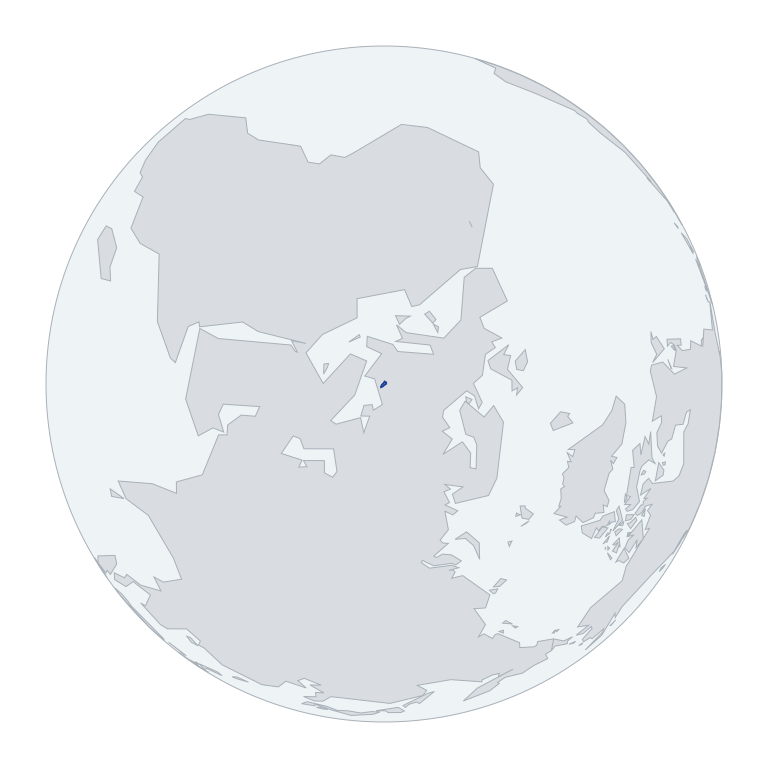 globe centered on Calarasi, rotated 136°
{"feature_id": "ROU-129", "entity_name": "Calarasi", "entity_type": "County", "adm_level": 1, "iso_a3": "ROU", "parent_name": "Romania", "parent_adm1": "", "projection": "orthographic", "projection_center": [26.943, 44.314], "detail": "fine", "context": "on_globe", "style": "filled", "palette": "blue", "viewbox_px": 768, "rotation_deg": 136, "n_neighbors": 0, "source": "natural_earth", "source_scale": "10m", "svg_char_len": 11654}
<svg xmlns="http://www.w3.org/2000/svg" viewBox="0 0 768 768"><g transform="rotate(136 384 384)"><circle cx="384" cy="384" r="338" fill="#eef3f6" stroke="#a8b0b8"/><path d="M263.7,68.2L276.9,65.3L267.3,68.4L272.4,67.7L284.8,64.1L291.7,62.1L326.0,60.8L367.0,58.5L379.9,55.4L377.1,58.6L401.7,52.1L424.0,52.9L398.7,53.7L396.1,55.3L411.2,56.2L411.8,58.2L419.4,60.0L418.7,62.5L404.1,63.7L403.3,65.6L414.1,66.2L420.2,69.8L404.5,68.4L413.5,74.7L390.6,79.6L349.3,77.0L336.4,84.6L293.4,95.7L297.2,97.9L283.3,104.6L282.4,109.9L274.7,111.2L280.7,114.5L287.9,112.4L293.0,113.3L293.2,116.5L283.3,118.4L281.8,117.1L279.0,119.4L274.0,119.1L276.6,121.0L264.6,123.5L276.6,125.9L267.2,132.0L259.2,132.4L260.0,125.9L243.4,113.3L235.6,113.0L223.8,118.4L201.7,141.2L193.0,144.1L181.4,152.7L186.1,153.6L196.9,147.3L202.8,151.9L215.3,144.6L219.5,145.7L232.4,141.4L230.4,149.2L221.6,159.4L210.8,163.6L206.6,168.5L216.8,170.8L196.7,185.6L183.5,208.2L178.4,211.7L168.2,206.1L168.2,189.4L155.0,185.1L163.5,195.5L150.3,205.3L148.2,210.5L148.9,214.8L153.8,214.3L149.3,219.6L139.3,210.5L143.2,205.5L146.3,208.2L146.2,200.8L139.4,196.1L133.3,202.1L129.4,190.9L125.0,195.3L121.7,195.8L129.0,189.3L115.8,201.3L110.2,194.7L92.1,217.4L110.0,191.2L116.4,181.0L122.6,171.3L119.6,174.7L131.9,159.2L133.6,157.1L152.1,138.2L172.1,120.8L193.4,105.0L215.8,90.9L239.3,78.6L263.7,68.2ZM59.1,291.2L57.8,297.1L54.1,310.9L56.0,305.4L53.1,318.9L52.0,343.8L51.2,344.9L49.7,383.0L54.0,414.2L55.0,430.1L53.9,433.6L56.8,443.8L56.9,448.2L73.5,488.5L86.5,516.7L89.1,531.0L84.2,533.6L92.6,555.1L80.8,533.2L70.7,510.5L62.2,487.2L55.5,463.2L50.6,438.9L47.4,414.2L46.1,389.4L46.6,364.6L49.0,339.8L53.1,315.3L59.1,291.2ZM87.7,223.6L73.0,257.5L76.6,245.5L76.7,246.0L81.5,235.7L88.6,220.9L93.1,212.1L87.7,223.6ZM91.8,222.0L93.9,217.2L92.5,221.1L91.8,222.0ZM294.7,61.1L285.0,64.0L273.6,66.8L281.6,64.0L294.7,61.1ZM316.4,57.8L312.0,59.2L306.8,58.7L310.9,58.0L316.4,57.8ZM389.1,53.2L381.1,53.4L388.7,52.7L389.1,53.2ZM420.6,59.8L422.7,59.3L425.7,60.6L420.6,59.8ZM232.6,137.5L232.5,139.4L230.1,139.2L232.6,137.5ZM238.3,134.1L235.7,132.5L238.0,130.6L239.6,131.6L238.3,134.1ZM427.5,65.8L431.8,68.3L424.9,65.8L427.5,65.8ZM241.0,136.6L242.5,127.6L246.6,124.5L256.0,125.9L241.0,136.6ZM432.6,69.9L443.2,76.7L448.8,75.9L439.0,82.8L433.2,74.3L423.9,71.2L430.8,71.6L432.6,69.9ZM290.2,110.4L282.5,112.8L288.7,108.0L290.2,110.4ZM292.9,107.2L304.9,92.6L316.4,91.2L310.0,96.1L324.8,92.5L324.4,98.9L316.3,102.3L309.0,101.8L314.4,104.8L292.9,107.2ZM431.9,85.9L432.2,88.0L429.0,86.0L431.9,85.9ZM295.5,113.3L296.9,110.3L306.9,108.7L306.0,114.6L303.0,113.2L295.5,113.3ZM328.8,88.6L336.0,88.8L337.8,94.0L340.9,94.9L325.4,99.0L328.8,88.6ZM300.8,115.2L305.2,117.8L300.6,121.5L294.8,116.3L300.8,115.2ZM310.0,106.0L314.7,105.6L311.7,107.7L310.0,106.0ZM286.9,137.1L288.3,132.9L293.6,131.7L286.9,137.1ZM307.1,118.5L308.7,117.2L310.9,116.4L312.8,118.9L307.1,118.5ZM327.7,102.5L326.9,104.8L334.1,101.1L335.7,105.2L325.1,107.3L330.4,108.2L330.9,109.5L321.7,109.8L327.7,102.5ZM321.5,119.2L308.6,124.0L304.7,131.6L299.8,132.8L307.0,120.3L321.5,119.2ZM322.4,113.6L320.8,117.2L315.5,116.6L313.5,113.8L322.4,113.6ZM340.6,107.4L340.9,100.5L343.2,100.3L340.6,107.4ZM321.4,121.4L324.5,120.3L321.8,122.0L321.4,121.4ZM335.9,111.7L335.7,109.2L338.3,109.0L335.9,111.7ZM331.0,120.2L326.8,121.7L325.2,119.7L331.0,120.2ZM334.0,116.4L337.7,116.8L327.2,118.1L333.5,115.3L334.0,116.4ZM338.4,112.0L339.9,111.1L338.1,113.1L338.4,112.0ZM339.2,127.4L326.3,129.5L322.9,124.9L335.9,123.4L339.2,127.4ZM174.5,538.2L154.7,485.2L164.6,472.7L166.5,451.7L235.2,403.6L249.6,413.3L303.5,416.3L310.2,420.4L303.7,437.6L344.1,464.1L357.3,450.3L394.0,462.4L418.5,460.6L427.4,426.6L387.3,429.0L380.5,412.6L412.7,396.4L447.8,394.7L446.3,388.3L424.2,376.1L432.4,363.0L416.6,370.8L422.9,377.1L413.2,382.5L406.8,377.3L409.9,372.6L399.4,370.3L387.2,394.2L392.3,403.1L364.6,407.4L370.5,422.9L362.9,429.9L350.2,406.4L351.5,397.8L327.7,370.9L323.8,380.0L346.0,406.5L339.0,404.0L333.9,417.9L332.3,405.5L309.1,375.4L284.2,376.6L252.2,405.0L237.7,403.6L225.7,392.0L237.6,358.0L268.7,365.4L273.3,354.6L267.3,335.2L277.3,339.5L278.6,332.9L290.4,334.9L307.2,321.9L319.2,322.4L326.1,302.6L333.2,300.5L327.1,312.6L329.3,321.7L359.1,323.6L364.9,319.6L367.0,306.9L374.9,309.5L373.1,297.0L390.4,292.4L367.8,288.0L369.6,274.2L380.2,264.0L376.7,259.0L359.5,275.8L356.4,283.4L360.1,291.0L347.8,312.5L337.5,315.3L335.0,290.7L320.1,292.3L324.6,273.5L368.3,237.8L386.3,231.2L415.6,248.5L411.3,257.2L398.6,255.1L410.0,269.4L409.2,262.3L415.8,264.8L419.2,253.2L424.1,254.6L419.1,241.6L425.4,242.0L428.5,250.2L438.9,234.5L452.1,232.7L452.1,228.6L448.4,224.7L467.7,225.6L466.8,222.6L460.2,221.1L454.2,214.3L451.2,203.1L458.0,204.0L460.1,208.1L474.5,218.7L478.9,230.4L481.3,229.7L479.2,219.9L461.5,206.8L457.8,199.9L466.9,204.8L463.3,202.4L463.6,199.3L470.2,197.2L460.5,191.5L454.3,158.7L466.5,152.4L475.3,159.8L478.1,140.5L491.7,136.4L485.6,134.8L482.8,125.5L478.5,126.6L475.4,125.2L466.2,103.7L469.4,100.0L458.5,90.6L455.4,90.0L452.4,92.0L439.0,82.8L448.8,75.9L455.4,77.5L457.0,72.8L472.0,77.5L485.1,79.8L500.6,88.8L509.6,90.4L509.2,88.5L521.1,89.9L547.2,100.9L528.0,100.4L489.2,89.2L505.2,94.0L502.1,95.7L508.2,99.4L519.4,103.1L520.4,101.7L541.2,124.8L569.4,144.1L566.1,134.0L572.4,133.0L601.5,150.0L639.4,196.0L648.2,198.2L654.3,204.4L659.0,215.1L650.2,206.3L647.4,209.7L641.8,203.5L646.3,219.0L638.4,210.9L645.8,227.7L652.1,230.5L651.1,219.3L660.9,238.2L670.5,239.6L680.7,252.5L695.5,294.4L696.8,319.4L698.8,325.0L694.6,326.7L696.1,344.9L709.8,358.3L711.9,366.3L711.1,395.5L709.8,390.2L698.6,394.5L701.7,416.1L710.4,417.5L713.6,430.5L709.2,435.6L705.3,424.8L701.3,425.8L698.7,408.2L688.2,390.0L683.5,404.9L680.3,394.7L665.2,384.2L656.4,405.1L644.8,453.2L649.2,480.6L642.6,498.9L620.0,473.3L609.2,449.5L601.4,457.8L577.8,444.9L538.3,462.3L532.3,456.4L524.9,463.1L508.3,460.8L499.0,450.2L489.1,454.1L513.7,481.2L524.3,477.0L532.7,460.7L537.6,471.3L553.6,475.7L537.2,510.9L477.9,551.9L471.6,531.8L423.9,476.7L425.1,469.2L424.8,468.4L424.2,467.0L420.4,479.4L412.0,467.5L438.0,509.0L442.6,526.8L477.0,553.3L473.9,557.2L484.9,561.4L519.3,544.3L519.6,551.1L503.7,586.3L455.5,633.6L461.7,654.6L457.8,671.9L427.4,685.9L429.7,695.9L413.9,700.6L412.6,705.5L399.7,710.8L378.3,714.8L342.3,712.9L340.4,709.5L322.8,699.9L298.6,671.5L307.9,659.1L304.8,646.8L278.8,613.0L284.5,596.3L277.5,587.1L263.0,585.7L254.8,574.2L246.0,571.6L191.1,558.6L174.5,538.2ZM211.6,435.5L209.7,441.7L209.7,441.8L211.6,435.5ZM485.4,409.7L506.1,405.4L495.9,386.2L503.0,383.3L496.9,378.1L495.1,384.9L480.1,370.3L488.6,361.5L485.7,352.6L478.6,353.7L465.3,372.4L486.6,393.0L482.3,403.1L485.4,409.7ZM52.1,344.4L51.6,350.2L51.4,346.1L52.1,344.4ZM74.6,248.9L72.7,254.1L70.8,258.7L71.8,255.5L74.6,248.9ZM64.4,291.4L63.4,298.5L63.4,293.3L64.4,291.4ZM71.2,262.6L65.1,286.3L65.3,278.2L69.6,263.6L68.0,270.5L71.2,262.6ZM87.7,226.6L85.9,230.6L84.8,231.8L87.7,226.6ZM90.7,224.9L91.0,223.9L92.9,220.6L90.7,224.9ZM151.0,205.8L151.6,206.7L151.2,211.7L149.1,210.7L151.0,205.8ZM163.1,228.1L155.6,236.3L159.5,229.3L155.1,229.0L157.9,214.6L175.9,212.8L167.2,215.9L163.1,228.1ZM166.6,195.9L162.8,204.6L166.3,195.2L166.6,195.9ZM274.5,296.8L278.4,302.3L273.7,309.3L258.5,310.6L265.2,300.3L274.5,296.8ZM285.0,308.8L286.7,285.1L296.2,284.0L290.6,288.5L296.7,290.1L289.3,297.9L296.7,320.8L293.0,328.6L267.0,325.6L277.5,322.0L273.1,316.5L285.0,308.8ZM274.3,233.2L275.1,224.8L294.6,233.0L291.6,240.1L276.3,241.3L270.9,233.8L274.3,233.2ZM257.3,141.6L256.4,139.2L259.1,138.4L262.1,140.0L257.3,141.6ZM287.1,135.2L264.2,152.3L262.0,150.1L251.2,163.6L241.2,163.4L248.5,154.5L232.7,164.8L235.3,156.7L225.2,164.6L242.5,144.8L244.2,138.5L246.2,145.5L255.3,145.8L259.8,144.0L273.7,134.6L281.8,122.0L292.3,120.9L297.5,123.5L297.1,126.3L290.4,126.0L294.7,130.1L284.8,131.9L287.1,135.2ZM352.3,164.2L344.8,161.0L351.7,172.7L341.8,173.2L343.3,174.6L336.1,178.5L329.8,185.7L325.4,184.9L324.8,188.1L320.1,191.1L317.9,195.4L309.1,195.5L305.7,201.0L303.5,198.0L299.9,207.4L298.6,200.6L292.3,204.2L296.9,208.9L255.0,202.7L238.5,206.6L225.4,214.0L224.9,202.2L236.9,188.1L254.6,175.6L270.6,174.0L267.5,169.3L274.3,167.4L273.9,171.9L278.5,163.8L283.9,163.5L299.7,154.5L303.0,143.9L308.8,140.7L310.3,144.7L315.1,138.8L321.9,144.3L326.2,142.3L337.2,146.1L337.5,155.6L342.4,152.7L351.0,155.9L352.3,164.2ZM342.1,128.7L344.8,139.2L340.7,144.8L323.2,135.9L318.3,137.0L307.0,132.2L313.2,124.3L315.9,126.3L319.9,126.5L316.4,128.9L322.2,127.1L326.1,130.0L331.7,129.5L331.0,133.0L342.1,128.7ZM318.0,414.6L323.2,416.0L331.4,416.1L328.3,425.2L318.0,414.6ZM301.8,394.3L306.6,393.9L306.2,406.0L300.8,404.8L301.8,394.3ZM309.5,383.7L306.9,392.9L305.1,387.2L309.5,383.7ZM331.5,311.7L336.6,310.7L337.0,313.7L334.1,318.0L331.5,311.7ZM370.8,201.7L367.2,198.3L368.7,196.7L366.8,186.8L373.9,186.0L377.9,191.7L370.8,201.7ZM420.5,433.1L413.3,440.1L409.6,437.3L412.8,435.4L420.5,433.1ZM368.5,434.3L380.2,438.6L367.5,436.7L368.5,434.3ZM378.3,199.2L376.7,195.1L381.2,197.3L378.3,199.2ZM379.0,185.0L384.5,186.6L374.5,184.8L379.0,185.0ZM514.2,656.3L489.6,686.9L474.0,690.7L472.0,684.8L481.6,667.7L499.9,658.5L509.1,648.1L514.2,656.3ZM715.7,448.5L715.0,451.9L712.7,459.9L714.1,453.2L717.7,437.0L715.7,448.5ZM713.8,454.0L709.2,459.0L696.6,447.6L701.3,440.2L713.1,437.1L712.6,442.1L715.4,441.2L713.8,454.0ZM720.6,414.1L720.1,418.7L719.2,424.0L718.6,415.1L719.0,405.4L720.0,399.9L719.5,354.1L720.2,352.0L721.4,368.8L721.7,370.9L720.6,414.1ZM650.6,482.1L658.0,492.3L653.8,498.8L650.6,482.1ZM715.8,328.6L718.3,347.9L715.0,326.0L715.8,328.6ZM711.8,310.9L713.3,315.5L712.1,314.2L711.8,310.9ZM702.0,332.3L701.1,339.5L699.4,336.0L699.6,324.8L702.0,332.3ZM688.6,263.7L694.7,274.3L696.7,279.0L693.3,275.4L688.6,263.7ZM437.0,191.4L431.8,205.6L432.8,216.4L440.8,222.9L427.3,220.3L425.8,203.7L437.0,191.4ZM451.4,162.4L444.4,157.6L448.8,156.2L451.0,157.1L451.4,162.4ZM446.2,162.0L435.1,162.9L432.0,157.9L441.4,158.1L446.2,162.0ZM406.7,180.1L404.7,184.2L401.0,182.2L406.7,180.1ZM716.6,324.4L716.5,323.9L718.0,333.4L713.4,308.7L713.9,310.6L716.6,324.4ZM714.0,312.4L715.6,321.2L712.9,308.1L714.0,312.4ZM715.0,319.7L713.4,314.3L713.1,310.6L715.0,319.7ZM713.5,309.7L710.4,298.3L711.7,302.1L713.5,309.7ZM709.2,302.8L711.3,302.9L711.4,311.4L703.8,292.5L703.1,286.7L709.2,302.8ZM657.2,198.4L653.1,194.7L650.4,188.9L654.0,193.0L657.2,198.4ZM637.8,168.4L648.3,186.2L656.1,201.6L657.2,200.4L665.3,211.3L659.8,208.7L649.1,191.9L644.4,181.8L636.9,173.9L629.3,163.5L620.4,156.9L614.9,150.9L621.5,154.1L637.8,168.4ZM616.7,154.5L598.4,141.5L596.5,134.7L600.1,136.0L609.3,144.7L609.8,147.7L616.7,154.5ZM593.4,136.5L593.7,139.5L567.4,131.1L561.4,127.8L580.4,129.5L581.6,132.6L588.4,136.2L593.4,136.5ZM435.8,87.9L432.5,88.0L434.3,86.5L435.8,87.9ZM473.1,126.0L469.1,123.9L471.2,121.9L473.1,126.0ZM459.1,117.2L459.5,120.8L456.3,116.6L459.1,117.2ZM460.8,129.3L458.3,122.1L464.8,129.6L460.8,129.3Z" fill="#d9dde1" stroke="#a8b0b8" stroke-width="1"/><path d="M385.2,385.1L384.7,385.0L384.4,384.8L384.2,384.9L383.8,384.9L383.4,385.2L383.2,385.2L382.9,385.3L382.6,385.3L381.8,385.5L381.8,385.4L381.8,385.2L382.0,385.0L382.0,384.9L381.9,384.6L381.8,384.4L381.4,384.2L381.2,383.9L381.3,383.8L381.4,383.6L381.5,383.5L381.5,383.4L381.9,383.2L382.0,383.1L381.9,383.0L381.8,382.9L382.2,382.6L382.3,382.6L382.5,382.7L382.8,382.7L383.0,382.5L383.3,382.7L383.5,382.7L383.7,382.8L383.8,382.8L384.1,382.8L384.6,382.9L384.7,383.0L384.8,383.0L385.0,382.9L385.8,382.9L386.0,382.9L386.8,383.0L387.1,383.1L387.3,383.2L387.4,383.3L387.5,383.4L387.9,383.5L388.6,383.7L388.4,384.0L388.2,384.3L387.6,384.4L387.4,384.5L387.2,384.6L386.8,384.6L386.6,384.7L386.4,384.8L386.3,385.0L386.2,385.0L385.5,385.0L385.4,385.0L385.2,385.1Z" fill="#3b82f6" stroke="#1e3a8a" stroke-width="1.5"/></g></svg>